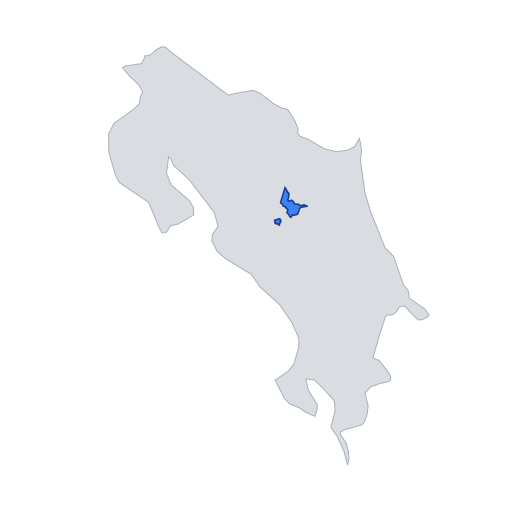 location of Heredia, Heredia, Costa Rica, rotated 17°
{"feature_id": "36466004B27145305633617", "entity_name": "Heredia", "entity_type": "district", "adm_level": 2, "iso_a3": "CRI", "parent_name": "Costa Rica", "parent_adm1": "Heredia", "projection": "orthographic", "projection_center": [-84.079, 10.129], "detail": "fine", "context": "in_parent", "style": "filled", "palette": "blue", "viewbox_px": 512, "rotation_deg": 17, "n_neighbors": 0, "source": "geoboundaries", "source_scale": "gbopen_adm2", "svg_char_len": 6094}
<svg xmlns="http://www.w3.org/2000/svg" viewBox="0 0 512 512"><g transform="rotate(17 256 256)"><path d="M438.6,261.9L438.0,263.9L436.1,266.1L433.4,268.3L429.8,269.8L421.2,265.3L412.6,260.3L407.9,262.7L406.2,269.2L403.1,272.6L399.1,274.0L397.5,276.2L397.2,298.4L397.6,319.4L404.0,319.8L414.8,327.1L419.5,331.3L420.9,335.3L419.6,337.2L411.7,341.8L404.1,347.6L400.2,354.9L407.0,366.5L408.5,374.4L408.3,382.7L406.4,386.7L391.5,396.2L388.3,399.6L388.7,402.0L397.0,408.5L400.9,414.9L404.2,422.5L404.6,429.2L397.1,416.9L386.7,405.1L377.7,397.9L377.0,381.0L373.4,371.8L359.8,363.4L348.2,357.5L339.6,358.8L344.9,368.5L358.5,380.9L359.4,385.7L359.2,392.1L349.9,391.1L341.6,388.5L331.5,387.7L324.8,383.9L310.6,369.1L320.7,356.3L323.8,348.0L323.5,330.7L321.2,322.3L310.2,309.6L292.8,295.6L268.5,284.2L257.0,274.9L228.5,267.8L217.7,263.1L209.3,254.4L208.0,248.2L211.0,238.6L203.2,226.4L169.3,202.3L150.4,193.4L146.4,188.2L143.4,186.5L146.2,203.1L154.5,213.1L176.1,222.5L182.0,228.0L184.4,235.0L171.8,248.5L165.4,251.9L163.5,259.3L159.4,261.5L155.1,257.2L137.6,236.0L103.7,225.7L97.6,219.4L85.1,200.0L79.3,182.3L81.5,170.5L95.5,152.3L99.9,144.3L99.0,139.4L99.5,132.1L94.4,127.0L81.5,120.4L73.4,115.0L75.6,112.4L90.4,105.4L91.4,99.0L91.3,96.9L93.7,96.4L95.9,94.7L97.2,93.0L101.2,86.8L104.8,83.4L108.8,82.8L113.8,85.4L132.3,92.1L152.9,99.6L182.3,110.2L194.5,103.5L204.9,98.4L212.2,99.1L228.0,105.1L237.6,107.1L243.4,106.5L253.5,115.3L259.0,121.9L259.9,126.2L263.0,128.6L270.9,129.1L290.2,133.6L302.0,132.7L312.7,128.0L318.5,122.3L320.4,113.4L323.1,117.8L326.3,124.7L327.7,133.6L341.6,163.5L352.7,180.2L377.1,210.5L387.6,216.0L405.4,240.4L411.6,244.5L415.1,251.7L433.5,257.5L438.6,261.9Z" fill="#d9dde1" stroke="#a8b0b8" stroke-width="1"/><path d="M289.0,194.2L289.8,193.8L290.3,193.5L290.7,192.9L290.2,193.2L290.0,193.3L289.8,193.3L289.7,193.3L289.3,193.3L289.2,193.3L289.0,193.2L288.8,193.2L288.4,193.2L288.2,193.3L287.9,193.3L287.8,193.1L287.7,193.0L287.4,193.2L287.2,193.2L286.8,193.1L286.5,193.3L286.3,193.6L286.1,193.7L285.7,193.8L285.5,194.0L284.8,194.4L284.7,194.5L283.9,194.5L283.6,194.5L283.4,194.6L283.2,194.6L282.7,194.6L282.4,194.5L282.3,194.4L282.2,194.3L281.9,194.4L281.7,194.3L281.4,194.2L281.2,194.1L280.9,194.3L280.7,194.4L280.3,194.4L279.9,194.6L279.6,194.5L279.0,194.7L278.7,194.7L278.4,194.7L278.2,194.7L277.9,194.8L277.6,194.9L277.4,195.0L277.0,194.5L276.7,193.8L276.6,193.6L276.5,193.4L276.3,193.3L275.9,193.3L275.9,193.2L275.6,193.1L275.2,192.6L275.0,192.3L275.1,192.2L274.8,192.3L274.7,192.4L274.3,192.5L274.2,192.5L274.0,192.4L273.8,192.3L273.7,192.4L273.4,192.4L273.3,192.6L273.0,192.8L272.7,192.8L272.4,193.2L272.2,193.3L272.1,193.6L271.8,193.8L271.6,193.8L271.4,194.0L271.0,194.0L270.8,194.0L270.8,193.9L270.6,193.4L270.4,193.2L270.0,193.1L270.0,192.5L269.9,192.3L270.0,192.2L270.0,191.9L270.0,191.5L270.0,191.3L270.0,191.2L270.1,190.9L270.2,190.7L270.1,190.3L269.9,190.2L269.9,189.9L269.9,189.6L269.9,189.3L269.8,189.2L269.7,189.1L269.7,188.9L269.4,188.7L269.4,188.4L269.5,188.2L269.4,188.1L269.4,187.9L269.5,187.9L269.6,187.6L269.4,187.4L269.2,187.3L269.1,187.2L269.0,186.9L269.1,186.7L269.1,186.4L268.9,186.2L268.6,186.2L268.4,186.2L268.2,186.1L268.2,185.9L267.9,185.7L267.8,185.8L267.6,185.8L267.6,185.6L267.2,185.3L267.0,185.1L266.8,184.9L266.6,184.9L266.5,184.6L266.3,184.6L266.2,184.4L265.8,184.0L265.6,183.9L265.6,183.6L265.3,183.3L265.3,183.2L264.7,183.1L264.3,183.0L264.3,182.7L264.0,182.4L263.8,182.2L263.8,197.7L263.9,197.8L264.0,197.9L264.3,198.2L264.7,198.3L264.8,198.4L265.1,198.5L265.4,198.5L265.8,198.7L266.0,198.7L266.0,198.8L266.2,199.0L266.3,199.0L266.5,199.1L266.6,199.4L266.7,199.6L266.9,199.8L267.1,199.9L267.2,200.2L267.3,200.3L267.8,200.4L268.2,200.3L268.5,200.3L268.8,200.4L269.0,200.4L269.4,200.2L269.5,200.3L269.8,200.4L269.8,200.5L269.9,200.8L270.1,200.6L270.4,200.7L270.5,200.8L270.7,201.0L270.8,201.0L270.9,201.4L271.0,201.5L271.4,201.7L271.8,201.9L272.1,201.9L272.3,201.9L272.5,202.0L272.6,202.4L272.7,202.6L272.8,202.7L272.8,202.8L273.0,202.8L273.1,203.0L273.1,203.8L273.0,204.1L272.8,204.4L272.8,204.5L272.9,204.9L272.9,205.0L272.9,205.3L272.9,205.5L273.0,205.8L273.6,206.0L273.8,206.0L274.2,206.3L274.5,206.3L274.8,206.5L275.2,206.8L275.5,207.0L275.9,207.6L276.5,208.1L276.6,208.3L276.8,208.5L277.0,208.5L277.2,208.4L277.3,208.4L277.4,208.5L277.5,208.5L277.8,208.7L277.8,208.8L278.0,208.9L278.3,208.6L278.5,206.1L279.0,206.1L279.4,206.4L279.5,206.4L279.8,206.3L280.1,206.1L280.4,206.0L280.6,205.8L280.9,205.7L281.0,205.3L281.1,205.2L281.3,205.0L281.5,205.1L281.7,204.9L281.8,204.8L282.1,204.7L282.2,204.8L282.3,204.8L282.5,204.8L282.6,204.7L282.8,204.6L282.9,204.4L283.0,204.2L283.3,203.9L283.5,203.9L283.6,203.7L283.7,203.4L283.7,203.1L283.6,202.8L283.7,202.5L283.6,202.4L283.5,202.0L283.6,201.8L283.9,200.6L283.7,200.2L283.8,199.8L283.7,199.7L283.8,199.3L283.8,199.2L283.7,198.8L284.0,198.0L283.9,197.8L284.2,197.1L284.4,196.5L284.7,196.4L285.4,196.2L285.7,196.1L286.0,195.8L286.1,195.6L286.4,195.5L286.5,195.4L286.8,195.3L287.1,195.2L287.4,195.0L288.2,194.6L288.4,194.5L288.6,194.4L288.8,194.3L289.0,194.2ZM269.0,218.4L269.0,218.5L268.9,218.4L269.5,217.0L269.3,216.8L269.2,216.4L269.6,216.3L269.5,216.0L269.6,215.9L269.5,215.4L269.4,215.4L269.4,214.6L269.1,214.6L268.8,214.6L268.6,214.6L268.4,214.1L268.3,213.9L268.0,213.4L267.7,213.5L267.4,213.5L267.2,213.6L267.0,213.8L266.9,213.9L266.7,214.2L266.6,214.3L266.3,214.3L266.2,214.3L265.9,214.3L265.8,214.5L265.6,214.6L265.4,214.9L265.3,215.0L265.2,215.2L265.1,215.3L264.9,215.4L264.7,215.6L264.5,215.8L264.3,216.0L264.2,215.9L263.9,215.9L263.8,216.1L263.7,216.2L263.5,216.3L263.4,216.3L263.4,216.5L263.6,216.9L263.6,217.1L263.7,217.3L263.8,217.4L263.9,217.5L264.4,217.9L264.4,218.1L264.5,218.2L264.6,218.3L264.4,218.5L264.5,218.7L264.5,218.9L264.6,219.0L264.8,219.1L265.1,219.2L265.3,219.3L265.5,219.4L266.0,219.4L266.2,219.2L266.3,219.2L266.5,219.2L266.8,218.9L267.0,219.0L267.4,219.0L267.6,219.1L268.0,219.3L268.3,219.4L268.5,219.4L268.5,219.5L268.8,219.5L269.0,219.7L269.4,219.6L269.2,219.3L269.1,219.0L269.0,218.6L269.0,218.4Z" fill="#3b82f6" stroke="#1e3a8a" stroke-width="1.5"/></g></svg>